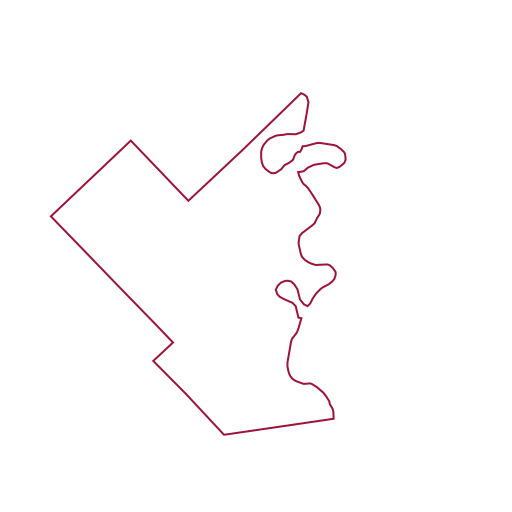 Coahoma, Mississippi, United States of America (orthographic projection), rotated 136°
{"feature_id": "52423323B41224890056443", "entity_name": "Coahoma", "entity_type": "district", "adm_level": 2, "iso_a3": "USA", "parent_name": "United States of America", "parent_adm1": "Mississippi", "projection": "orthographic", "projection_center": [-90.749, 34.255], "detail": "fine", "context": "isolated", "style": "outline", "palette": "rose", "viewbox_px": 512, "rotation_deg": 136, "n_neighbors": 0, "source": "geoboundaries", "source_scale": "gbopen_adm2", "svg_char_len": 2082}
<svg xmlns="http://www.w3.org/2000/svg" viewBox="0 0 512 512"><g transform="rotate(136 256 256)"><path d="M376.0,427.0L375.9,371.6L375.9,320.4L375.7,276.2L375.8,251.4L402.8,251.9L402.2,205.3L403.2,149.7L402.2,148.9L313.2,85.0L308.4,90.4L307.1,92.7L305.8,98.2L304.2,100.7L303.7,103.0L303.0,106.4L302.5,110.4L303.3,119.5L304.8,125.4L305.7,126.9L309.3,129.8L310.8,131.3L314.3,138.6L315.1,142.4L314.8,145.5L313.8,148.5L312.3,151.3L310.2,154.6L307.4,157.5L290.0,170.2L287.6,171.4L280.7,172.4L279.0,172.9L275.6,174.5L266.6,179.7L268.3,182.2L262.3,192.3L262.3,196.9L265.4,204.5L265.7,205.1L267.3,210.4L267.2,213.6L266.5,215.2L265.2,218.0L261.0,219.5L256.4,219.5L252.3,217.8L250.2,216.0L248.5,213.4L248.2,208.9L249.3,203.3L254.5,194.2L255.1,188.1L254.4,185.9L253.7,184.1L249.9,184.2L244.8,186.0L238.6,187.3L231.9,187.4L229.7,187.0L223.1,185.1L218.7,184.7L215.5,185.1L212.4,186.7L210.5,188.4L209.8,189.5L209.1,193.8L209.4,198.0L209.8,199.1L210.8,200.6L219.3,208.1L221.5,212.0L222.6,214.9L223.6,219.2L223.5,223.6L222.3,226.3L217.3,234.6L216.0,236.1L210.8,240.1L207.0,240.5L193.8,238.9L191.0,238.9L185.8,240.8L181.5,241.8L179.7,242.8L177.7,244.5L176.5,246.0L175.5,248.4L173.1,259.4L171.5,268.3L171.4,272.1L171.8,274.6L171.5,276.6L170.4,280.5L169.0,284.2L167.4,287.1L164.8,285.2L162.7,283.8L157.3,283.5L151.0,281.4L142.9,275.7L140.9,273.9L140.0,272.4L137.8,265.2L136.9,263.5L136.3,262.9L133.5,262.0L127.9,261.6L124.8,262.9L122.5,265.6L120.9,267.9L120.5,269.5L120.6,274.0L121.5,279.1L122.9,281.7L131.6,293.1L133.8,295.0L144.2,300.8L146.3,302.6L149.1,301.1L151.8,300.3L153.7,301.8L155.9,302.0L158.6,301.4L161.5,299.9L163.3,299.5L167.7,300.1L172.4,301.5L177.6,300.9L183.8,302.0L186.0,303.4L187.2,304.9L187.9,306.5L188.7,311.9L188.4,315.7L186.8,319.2L184.1,323.0L180.6,326.7L179.0,328.0L176.6,329.4L173.5,330.6L167.7,331.3L164.4,330.9L158.5,328.9L156.8,327.9L152.1,324.1L148.8,322.0L142.9,316.0L138.1,313.8L134.7,313.1L120.0,323.7L111.4,330.2L108.8,335.3L109.2,338.6L110.5,341.8L192.8,341.6L266.3,342.7L265.9,426.0L267.7,426.0L376.0,427.0Z" fill="none" stroke="#9f1239" stroke-width="2"/></g></svg>